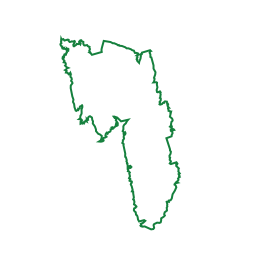 La Concordia, Santo Domingo de los Tsáchilas, Ecuador, rotated 254°
{"feature_id": "8360857B34762572283066", "entity_name": "La Concordia", "entity_type": "district", "adm_level": 2, "iso_a3": "ECU", "parent_name": "Ecuador", "parent_adm1": "Santo Domingo de los Tsáchilas", "projection": "albers", "projection_center": [-79.436, -0.044], "detail": "fine", "context": "isolated", "style": "outline", "palette": "green", "viewbox_px": 256, "rotation_deg": 254, "n_neighbors": 0, "source": "geoboundaries", "source_scale": "gbopen_adm2", "svg_char_len": 5891}
<svg xmlns="http://www.w3.org/2000/svg" viewBox="0 0 256 256"><g transform="rotate(254 128 128)"><path d="M32.8,137.7L33.7,139.3L35.2,139.0L36.9,140.1L37.9,142.7L40.8,143.3L41.7,144.2L43.0,144.3L43.8,144.8L46.4,144.8L46.5,145.4L45.7,146.9L47.0,147.3L46.8,149.0L48.1,150.6L52.0,152.6L54.9,155.8L57.7,158.1L59.3,158.0L60.2,157.7L60.7,157.1L61.1,157.2L61.8,158.4L61.7,160.7L62.7,159.6L63.7,161.8L64.6,162.3L65.5,162.1L66.4,163.2L66.7,164.2L67.6,163.8L67.9,164.3L69.7,163.9L70.0,165.2L72.3,164.4L73.6,165.0L74.8,165.2L75.2,165.7L78.2,163.9L79.6,164.3L79.4,165.1L80.1,165.7L81.7,165.1L81.5,159.3L82.4,158.4L83.9,160.0L84.4,160.0L85.9,159.3L87.9,160.3L88.2,159.9L89.9,160.2L91.5,161.8L93.4,162.7L94.8,162.2L96.0,162.5L107.6,162.1L108.0,167.6L109.6,168.3L110.5,169.3L112.5,169.7L112.8,168.8L113.5,168.4L114.7,168.7L114.5,169.6L113.7,170.0L113.4,171.9L113.8,171.8L115.3,170.3L116.8,169.6L117.7,168.7L118.1,169.3L117.2,169.9L117.3,170.5L119.6,170.3L122.0,171.5L122.4,172.5L123.2,173.1L124.9,173.0L127.3,171.4L131.4,173.7L131.3,173.1L132.3,173.4L133.3,171.7L134.5,172.0L135.6,171.8L136.5,172.2L136.3,172.9L137.8,172.2L139.3,172.2L139.3,173.0L139.7,173.1L140.7,172.9L141.4,172.2L142.6,172.6L143.4,170.9L143.0,169.9L142.3,169.5L142.6,169.0L142.5,168.5L141.6,167.2L141.6,165.3L142.1,164.8L143.5,165.8L144.3,165.5L145.4,167.0L147.1,167.6L148.1,166.9L148.8,167.7L149.8,167.8L151.0,168.6L152.4,168.6L153.0,169.1L153.6,168.7L153.8,169.0L154.4,168.8L154.1,166.5L154.6,165.8L156.6,166.0L159.0,167.5L161.7,167.7L163.6,168.4L164.2,167.8L164.8,165.0L165.4,165.8L167.5,166.9L168.1,167.1L169.0,166.8L171.9,168.9L174.1,169.8L178.0,168.9L181.2,169.8L189.4,169.9L190.1,169.1L192.6,169.8L194.4,169.5L195.7,170.8L195.7,171.2L196.4,170.8L196.7,171.4L196.6,162.2L195.4,161.7L195.7,161.2L195.3,160.5L193.8,160.3L191.2,159.1L188.7,157.1L187.6,156.6L189.9,155.4L191.1,155.4L191.3,155.7L191.7,155.4L191.9,155.7L192.8,155.7L193.2,156.5L194.3,156.6L195.1,157.4L195.4,156.6L195.7,157.3L196.5,157.9L196.1,158.5L196.8,158.3L197.8,157.0L198.3,155.3L200.7,155.0L201.7,153.4L202.8,152.6L204.5,150.3L205.0,148.6L206.3,147.7L208.5,144.8L209.5,142.3L210.3,142.1L210.4,141.1L211.5,140.3L213.4,137.9L213.6,136.8L215.4,135.0L218.4,128.7L211.8,124.7L210.3,124.0L208.3,123.7L208.3,113.5L210.2,112.7L211.2,111.8L211.3,112.5L212.8,112.0L214.3,113.2L215.8,113.0L216.6,113.4L217.7,112.0L219.0,111.5L219.2,109.2L219.6,108.6L221.0,108.2L223.1,108.8L224.1,107.5L225.2,107.3L225.4,106.5L224.4,105.6L224.9,105.5L224.5,104.8L223.5,104.6L223.2,105.3L222.4,105.8L221.5,105.2L222.5,104.7L222.3,103.4L223.0,101.9L222.3,101.3L221.4,98.6L221.6,98.3L223.0,98.3L225.1,100.4L225.9,100.8L226.4,100.5L226.2,99.0L226.8,97.8L226.6,96.8L226.8,95.6L228.6,94.8L229.1,95.2L229.3,95.0L229.6,94.4L229.6,91.0L231.3,90.3L231.4,88.5L232.1,88.4L230.8,87.9L230.3,88.1L229.3,87.3L227.9,87.4L227.3,86.2L226.7,86.0L224.3,86.7L224.3,87.2L222.9,86.9L222.8,87.8L222.5,87.3L222.0,87.5L221.6,89.0L220.9,89.9L221.4,90.7L221.0,90.7L220.8,92.1L220.3,92.5L218.9,91.9L219.6,91.2L219.6,90.5L217.4,90.1L217.3,89.5L215.5,88.5L215.6,87.7L216.3,87.6L216.3,87.2L214.9,86.2L214.1,86.3L213.2,85.7L212.9,85.3L213.1,85.0L214.5,85.3L214.2,84.8L212.7,84.2L210.2,85.4L208.9,84.3L208.2,85.7L206.8,85.9L205.8,85.5L205.3,84.7L203.3,85.8L202.3,87.0L202.2,85.7L201.3,84.6L201.0,83.5L199.8,84.7L198.4,83.6L197.8,84.9L195.7,86.0L195.7,86.8L196.1,86.4L196.7,86.6L196.6,87.5L196.9,87.8L195.8,87.9L193.1,86.8L191.6,87.5L190.3,87.4L189.0,86.3L187.4,87.0L186.4,87.0L184.6,84.7L182.1,83.9L173.6,83.2L170.4,83.4L168.2,82.3L165.9,82.8L162.7,82.3L159.2,82.5L158.7,83.0L159.1,83.9L158.9,84.6L159.9,85.2L159.4,85.5L160.0,86.0L160.2,87.0L161.4,87.4L162.0,88.1L161.8,88.8L162.5,89.8L162.5,90.1L161.7,90.2L160.5,89.8L158.5,88.4L155.0,87.5L153.8,86.7L153.0,85.7L150.5,84.7L150.0,83.5L149.3,85.4L148.2,85.9L147.5,84.3L146.0,83.8L146.3,84.6L145.3,84.1L145.6,85.5L144.9,85.3L144.7,85.6L145.8,86.9L145.7,87.3L145.0,87.4L146.7,89.1L145.9,89.9L146.6,89.8L146.6,90.6L147.7,90.8L146.7,91.2L146.8,91.9L148.4,91.8L148.4,92.3L149.3,92.9L149.7,93.7L149.8,94.7L148.0,96.2L145.5,95.9L144.1,96.2L142.0,95.4L138.6,96.6L135.5,96.8L133.8,96.4L130.6,97.8L129.5,99.3L127.6,100.6L125.7,99.9L123.5,98.3L123.0,96.4L122.3,98.2L122.2,100.1L122.6,101.1L123.1,101.2L123.9,100.5L124.7,101.0L125.2,102.0L125.1,103.4L125.5,104.9L126.9,104.2L128.4,105.0L129.3,106.1L128.1,106.8L129.4,108.0L129.2,108.9L129.6,110.1L130.7,110.8L131.5,110.9L131.5,112.9L133.0,112.4L133.1,113.2L132.1,114.5L133.1,116.5L134.5,117.2L134.8,117.7L134.3,118.6L133.3,118.4L133.4,118.8L134.5,119.2L135.2,118.5L135.3,117.8L135.7,117.8L136.1,118.1L136.1,119.3L138.8,118.4L140.4,119.7L141.2,118.0L142.9,117.4L142.8,117.9L141.0,120.5L136.3,123.2L135.9,130.4L135.0,129.0L133.0,127.1L132.2,125.3L130.9,124.0L128.0,123.2L126.4,122.0L125.1,123.0L124.2,122.3L123.6,122.2L123.5,123.2L124.3,124.1L123.7,124.2L122.6,123.5L122.0,122.0L120.5,121.3L119.3,121.4L118.2,120.6L117.7,119.7L116.0,119.2L115.2,118.4L113.7,119.4L112.8,118.9L104.1,118.3L101.8,117.5L100.9,117.4L100.5,117.9L98.3,117.9L97.3,117.9L96.4,117.3L95.1,117.6L94.6,117.3L94.1,117.6L93.9,117.3L92.3,117.4L90.9,117.0L91.0,119.8L89.6,120.5L88.9,119.4L89.4,117.6L89.0,117.3L89.1,116.5L88.6,116.3L87.5,116.7L86.5,116.0L85.9,116.9L84.7,117.5L84.0,116.7L81.1,116.6L79.5,115.2L78.5,116.2L78.2,116.2L77.6,115.3L76.9,114.9L76.0,115.8L75.8,116.7L75.2,116.9L74.3,116.5L73.8,115.6L73.0,115.1L70.9,115.5L67.3,115.4L66.0,114.3L65.5,115.4L65.2,115.4L63.9,115.0L59.6,114.5L57.9,113.3L57.4,113.9L55.2,113.8L52.9,112.7L52.0,113.6L50.2,114.5L49.9,114.3L49.8,113.5L49.2,113.1L49.0,111.7L47.4,111.0L46.1,111.3L44.9,112.2L42.5,111.8L41.4,112.6L39.6,112.7L37.3,112.4L35.1,112.9L35.0,118.1L34.0,119.0L32.7,116.4L32.3,113.9L31.0,114.1L30.6,113.1L30.1,113.3L29.2,114.6L28.8,116.9L24.2,122.3L23.9,124.5L24.8,125.6L27.6,125.8L28.4,126.6L29.0,129.9L28.1,132.1L28.3,133.4L29.8,134.3L32.0,135.0L32.8,137.7Z" fill="none" stroke="#15803d" stroke-width="2"/></g></svg>